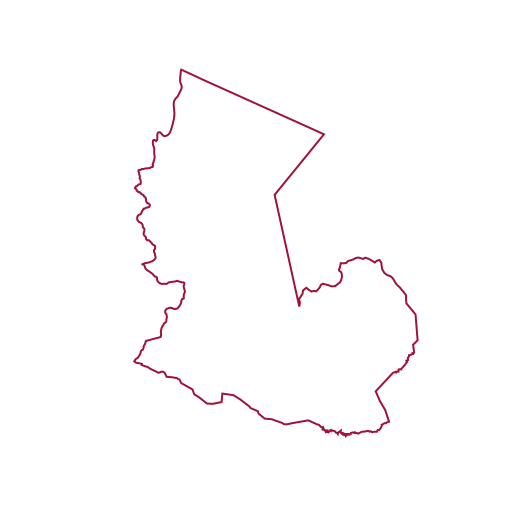 outline of Anglimp/South Waghi District, Western Highlands, Papua New Guinea, rotated 167°
{"feature_id": "67681753B93729898494529", "entity_name": "Anglimp/South Waghi District", "entity_type": "district", "adm_level": 2, "iso_a3": "PNG", "parent_name": "Papua New Guinea", "parent_adm1": "Western Highlands", "projection": "robinson", "projection_center": [144.62, -6.074], "detail": "fine", "context": "isolated", "style": "outline", "palette": "rose", "viewbox_px": 512, "rotation_deg": 167, "n_neighbors": 0, "source": "geoboundaries", "source_scale": "gbopen_adm2", "svg_char_len": 6056}
<svg xmlns="http://www.w3.org/2000/svg" viewBox="0 0 512 512"><g transform="rotate(167 256 256)"><path d="M228.1,71.1L227.6,69.1L226.8,70.1L225.7,70.0L226.2,68.3L225.0,67.8L223.4,69.3L222.2,69.6L222.0,68.4L221.0,68.9L218.6,67.6L217.7,65.7L216.8,65.5L216.3,64.1L215.6,65.5L212.7,66.7L213.4,65.1L211.9,63.0L211.4,64.1L210.3,63.3L210.0,63.0L210.2,61.9L209.3,62.1L209.1,60.3L207.6,61.2L207.5,62.1L205.8,61.7L205.5,60.9L203.8,61.2L203.5,62.2L201.3,62.3L199.8,61.4L199.2,62.0L198.4,60.9L197.2,60.7L196.4,59.9L192.8,60.9L189.1,60.5L186.0,60.4L184.7,59.2L183.4,59.4L182.5,58.1L180.4,58.2L177.7,57.6L176.6,59.0L175.3,58.7L174.3,59.4L172.7,60.7L171.6,62.4L171.5,63.3L169.9,63.6L168.5,64.2L167.0,63.9L165.4,64.6L163.6,64.6L164.8,77.0L167.8,86.5L169.8,97.2L148.8,111.4L147.1,111.6L145.8,111.0L145.7,111.8L143.1,111.3L142.8,113.1L142.2,113.5L140.3,112.9L140.3,113.0L134.8,116.9L133.4,118.4L132.6,118.6L133.0,120.2L131.3,120.4L130.9,122.6L129.7,123.6L129.1,125.0L128.0,124.7L126.8,125.2L125.4,125.1L125.3,125.9L124.7,125.4L123.6,126.5L122.9,134.2L117.5,137.5L113.7,163.2L120.1,176.0L119.5,180.3L118.6,184.0L120.2,187.6L121.7,190.4L123.0,193.2L125.1,196.1L126.2,198.6L126.9,201.1L127.8,203.7L129.3,205.8L132.6,208.0L134.7,210.6L136.0,214.6L135.8,218.3L135.4,221.2L136.6,224.4L139.3,224.2L141.7,222.9L144.2,225.4L146.8,227.9L150.0,229.8L152.1,229.0L153.8,229.9L156.4,231.4L159.3,231.6L161.8,230.8L164.2,230.6L167.4,230.4L169.6,228.9L172.2,229.1L175.1,229.9L176.8,225.9L178.3,224.1L178.1,222.7L176.9,221.5L176.4,219.5L176.7,218.0L177.0,216.3L178.5,213.3L180.4,211.2L183.0,210.2L185.5,208.9L189.0,209.3L192.6,211.6L197.2,214.0L199.4,213.2L200.8,211.2L203.4,209.2L205.3,208.0L207.5,209.0L210.0,208.9L212.2,211.3L214.1,213.7L217.9,211.9L219.2,208.7L222.0,206.0L223.8,204.3L223.7,200.7L225.2,197.0L224.1,311.4L162.4,359.3L267.5,439.3L286.9,454.4L287.9,452.4L288.7,449.8L289.7,447.3L290.3,444.6L290.6,443.4L290.7,441.7L290.4,440.6L290.3,439.1L290.2,438.0L290.6,436.7L291.3,435.3L296.2,429.4L299.1,427.3L300.3,426.1L301.2,424.9L301.9,423.0L302.3,421.4L302.8,417.2L303.4,413.5L304.0,411.2L304.8,408.8L307.1,404.0L310.2,398.4L311.7,396.1L312.8,395.0L313.9,394.1L315.5,393.5L317.0,393.3L318.3,393.4L319.1,393.9L320.0,395.3L320.9,396.9L321.8,398.2L323.0,398.4L323.8,398.1L324.6,397.1L325.1,395.7L325.5,393.6L325.9,392.1L326.3,391.3L327.5,390.4L327.8,390.7L328.2,391.3L328.9,392.0L329.6,392.1L330.4,391.6L331.0,389.9L331.3,388.0L331.2,386.4L331.0,384.8L331.0,383.7L331.2,382.5L331.7,380.7L332.1,378.9L332.5,374.9L333.0,374.0L333.6,372.4L334.3,371.6L334.7,370.4L335.6,369.6L336.1,368.7L336.1,368.3L335.8,367.5L336.7,366.0L337.8,366.1L338.6,366.0L339.5,365.6L341.3,365.8L342.3,365.9L344.3,366.2L346.5,366.0L347.4,366.4L348.0,366.4L348.9,365.9L351.1,366.0L351.2,365.4L351.6,364.7L351.4,364.0L351.2,363.5L351.5,362.0L351.2,360.7L351.4,359.0L351.8,358.3L351.9,357.8L351.5,356.5L351.5,354.7L351.6,353.8L352.2,352.2L354.1,352.1L355.8,351.3L356.4,350.8L356.8,350.7L357.5,350.8L358.0,350.1L358.7,349.5L358.3,348.7L357.4,347.5L357.4,346.8L357.4,346.3L356.5,345.4L356.3,344.7L356.1,344.5L355.4,344.6L355.0,344.4L354.6,343.5L354.1,343.1L353.8,342.1L353.2,341.7L351.9,340.6L351.6,339.0L350.9,338.5L350.4,337.6L350.6,336.8L350.4,336.1L350.6,335.5L350.7,334.6L350.7,333.5L350.2,332.5L350.0,331.9L349.7,331.6L348.9,331.4L348.5,331.0L348.2,330.3L348.0,329.1L348.6,328.3L349.3,327.7L352.2,327.8L353.9,327.2L354.8,327.4L356.0,326.1L357.2,325.1L358.2,323.3L359.1,322.8L360.0,322.5L361.1,322.3L362.1,321.7L362.7,321.1L363.2,319.7L363.5,318.7L363.4,317.5L362.7,316.0L361.8,315.0L361.0,314.5L360.4,314.0L360.1,313.5L359.6,312.3L359.5,311.3L359.7,310.4L359.8,309.5L359.5,308.9L359.0,308.4L358.7,307.5L358.8,306.7L359.1,305.8L360.0,304.2L360.5,303.1L360.5,301.9L360.0,300.5L359.2,299.4L359.1,298.7L359.4,297.7L359.3,297.2L359.0,296.9L358.9,296.4L358.6,295.9L357.5,295.7L356.8,295.4L356.3,294.7L355.5,293.2L354.7,292.1L354.4,290.9L353.8,290.1L352.4,289.1L352.2,288.3L352.3,287.3L352.8,285.7L354.1,284.6L354.4,283.5L354.4,282.8L354.0,281.1L354.1,280.7L354.2,279.7L354.1,278.6L354.1,277.2L354.5,276.4L355.7,275.4L357.2,274.6L358.4,274.2L360.0,274.1L361.0,273.9L362.5,273.8L365.8,274.0L369.4,273.4L367.8,273.1L367.3,272.7L366.9,272.0L366.7,270.6L366.6,269.4L366.4,268.4L365.2,266.6L363.4,264.8L360.8,261.8L359.3,258.9L357.7,258.0L357.3,257.0L357.7,255.9L357.7,254.8L357.5,253.5L357.2,252.7L356.5,251.9L355.6,251.0L354.2,250.0L351.3,249.5L349.3,248.9L347.1,249.9L341.4,249.5L340.2,249.3L338.4,249.6L335.8,247.9L335.0,247.5L334.3,247.1L332.7,246.6L332.4,246.3L332.0,246.1L332.0,245.0L332.3,244.7L332.5,244.1L333.3,242.9L333.4,241.2L333.3,239.2L333.3,238.3L333.2,237.6L333.5,236.7L334.9,234.8L335.6,233.1L335.6,232.2L335.9,230.9L336.3,230.7L336.5,230.8L337.5,230.8L338.7,229.3L339.7,226.9L340.1,226.4L341.6,224.6L342.2,224.3L343.3,223.2L344.8,222.5L345.5,222.5L345.9,222.6L346.0,222.5L346.8,222.4L347.8,222.8L348.4,223.2L348.9,223.8L350.1,224.4L350.4,224.4L350.6,224.7L351.2,225.0L355.0,224.6L356.2,223.6L356.8,222.8L357.2,221.9L357.1,221.0L357.0,220.5L356.4,219.4L356.4,217.5L356.6,216.5L357.5,214.6L357.8,213.4L358.3,212.2L358.6,211.9L359.7,211.3L360.1,211.3L360.7,211.0L361.7,209.9L362.1,209.2L362.9,208.7L364.2,207.1L365.7,203.9L366.0,201.3L366.7,199.2L367.2,198.5L382.4,198.0L382.7,197.6L383.1,196.6L383.8,195.5L385.9,193.1L386.4,191.4L387.1,190.4L387.6,190.1L388.3,190.0L389.4,189.4L389.8,188.8L390.1,187.9L390.4,187.2L391.9,185.4L393.7,183.7L394.6,183.2L396.1,182.7L396.3,182.6L397.2,181.9L398.0,180.9L398.3,180.7L396.8,179.0L391.5,176.6L391.9,175.5L388.6,173.3L386.6,172.3L384.5,170.0L377.2,164.1L374.7,164.5L373.4,164.5L371.2,162.8L370.3,158.4L364.7,156.6L360.8,154.9L358.3,152.7L357.4,148.9L347.9,140.3L347.3,135.1L343.4,131.3L337.0,123.3L331.5,121.7L322.4,121.4L319.7,129.5L309.3,125.5L303.7,119.9L296.7,111.4L295.4,109.0L291.2,105.9L288.9,104.1L289.1,102.5L288.4,101.1L284.1,95.6L277.4,93.4L268.1,87.5L266.8,86.0L264.4,85.1L257.1,84.9L242.0,84.1L234.1,78.0L232.7,77.5L231.4,75.2L230.0,74.0L229.2,74.2L229.0,73.2L229.8,72.9L230.2,71.9L228.1,71.1Z" fill="none" stroke="#9f1239" stroke-width="2"/></g></svg>